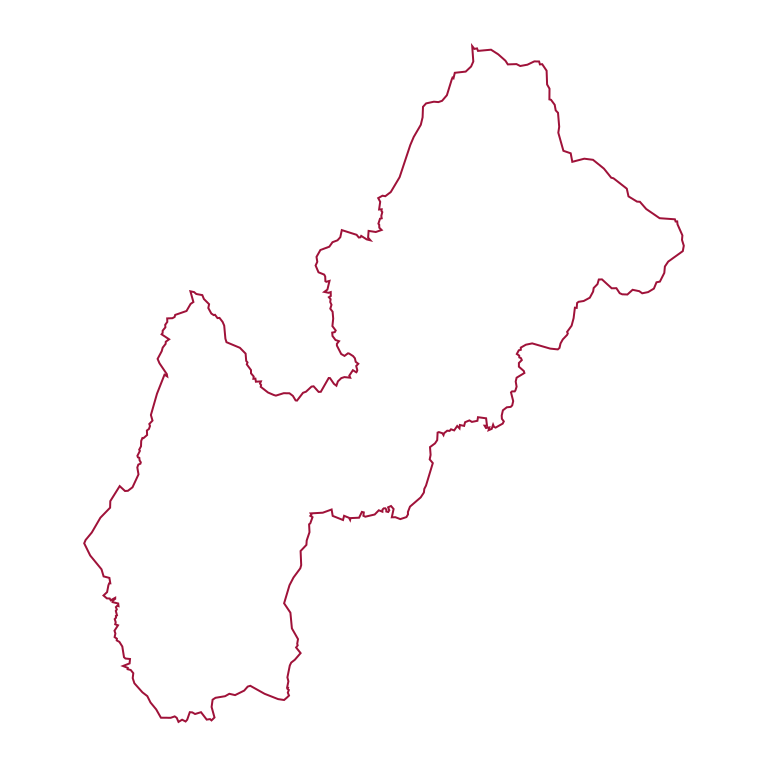 outline of Sidenreng Rappang, Sulawesi Selatan, Indonesia
{"feature_id": "22746128B89870320898123", "entity_name": "Sidenreng Rappang", "entity_type": "district", "adm_level": 2, "iso_a3": "IDN", "parent_name": "Indonesia", "parent_adm1": "Sulawesi Selatan", "projection": "natural_earth1", "projection_center": [119.91, -3.808], "detail": "fine", "context": "isolated", "style": "outline", "palette": "rose", "viewbox_px": 768, "rotation_deg": 0, "n_neighbors": 0, "source": "geoboundaries", "source_scale": "gbopen_adm2", "svg_char_len": 6095}
<svg xmlns="http://www.w3.org/2000/svg" viewBox="0 0 768 768"><path d="M160.9,717.7L170.7,717.8L174.7,716.4L176.7,717.8L178.5,721.9L182.1,719.7L185.6,721.5L187.2,719.7L189.8,712.2L192.3,712.4L195.0,714.0L201.0,712.2L206.7,719.6L210.0,719.1L211.5,720.4L214.5,717.5L211.6,707.0L212.6,699.7L215.5,697.8L225.1,696.2L229.3,693.8L235.1,695.1L244.2,690.6L247.7,686.6L250.3,685.8L264.6,693.8L278.1,699.1L284.1,700.0L286.9,697.6L289.0,695.6L287.8,692.7L288.8,690.0L287.6,689.0L288.0,687.8L287.1,687.7L288.4,681.3L287.4,677.4L289.8,665.5L291.2,662.6L294.8,659.8L300.6,653.1L296.1,647.5L297.7,645.3L297.2,643.8L298.0,639.1L291.9,628.4L290.4,612.7L284.1,603.3L289.5,585.2L293.5,577.5L300.3,568.3L301.2,565.1L300.6,551.0L306.4,544.9L306.7,540.5L309.5,532.2L309.1,524.3L310.3,523.3L312.5,517.2L310.4,515.9L311.4,514.9L310.6,513.4L322.8,512.7L331.6,509.5L332.7,515.9L343.0,520.0L344.1,515.8L349.0,517.8L350.1,519.9L350.5,518.1L359.1,517.7L361.9,511.9L363.8,512.4L363.4,515.8L365.3,516.7L374.7,514.5L378.8,510.3L382.4,511.7L382.5,509.6L383.7,508.4L385.3,508.3L386.3,509.6L386.3,511.5L388.2,512.0L389.3,510.3L388.1,507.3L391.0,506.0L393.6,509.0L391.8,517.3L395.4,517.2L400.3,519.1L406.4,517.1L408.0,514.4L407.9,512.0L410.0,506.6L420.7,497.4L423.9,492.5L424.3,488.9L426.0,485.6L432.8,463.1L429.7,459.4L430.6,454.9L430.0,447.1L435.0,443.4L437.2,440.1L437.6,432.6L438.9,432.1L442.3,433.2L443.5,435.1L444.1,433.2L447.2,430.7L449.6,430.9L451.0,429.3L454.2,430.4L457.2,426.0L459.5,428.4L459.9,425.0L464.1,425.9L465.1,422.2L469.4,420.4L471.9,421.9L477.4,420.8L478.0,417.2L486.1,418.3L487.0,425.7L484.6,425.7L486.0,428.0L489.4,427.4L488.6,430.2L491.7,428.9L493.1,424.7L494.0,426.9L495.6,427.6L502.7,423.6L503.8,421.4L501.9,418.8L501.7,415.6L502.9,410.3L506.8,407.3L510.7,406.9L512.2,405.4L513.2,401.1L511.0,392.4L512.0,391.4L514.7,391.4L515.4,390.4L516.6,386.7L515.7,381.5L516.6,377.7L524.4,373.0L523.8,371.0L518.9,366.7L518.9,363.0L521.8,360.1L521.0,358.2L519.3,357.4L519.2,355.6L516.8,354.0L518.8,350.3L520.8,349.8L520.8,347.6L525.9,344.7L532.2,343.4L550.2,348.6L557.8,349.4L559.5,347.9L560.5,343.5L562.8,339.4L567.1,334.9L567.8,333.4L567.1,331.9L571.6,325.7L573.6,318.2L574.9,307.7L576.7,307.9L577.1,303.0L578.6,301.8L583.7,301.0L589.8,297.7L593.1,291.6L593.7,288.0L597.5,284.1L598.8,279.5L602.0,279.4L611.7,288.3L616.4,288.2L619.7,293.2L622.2,294.3L627.4,294.5L632.6,289.8L639.3,291.2L642.2,293.3L648.1,292.1L653.9,288.6L656.5,282.3L659.9,281.6L664.3,272.9L664.9,266.5L668.2,261.6L682.8,251.1L683.8,245.7L682.0,239.9L682.4,235.4L677.5,224.3L677.2,221.4L675.6,221.5L674.9,219.3L659.6,218.2L646.2,209.0L639.9,201.8L637.0,201.6L628.5,196.4L626.8,188.7L613.5,178.3L611.2,177.7L603.9,168.6L593.0,159.8L584.3,158.7L572.3,161.8L570.7,153.3L563.4,150.8L558.3,132.7L559.2,126.8L558.0,112.8L555.7,110.4L554.7,104.8L551.0,99.8L549.4,99.4L549.5,88.7L547.1,84.5L546.6,70.7L542.2,64.2L539.9,64.4L539.1,61.5L534.3,61.4L527.4,64.7L520.2,66.0L516.5,64.1L507.8,64.4L505.5,60.8L498.2,54.3L491.0,49.7L478.0,50.9L477.0,48.4L474.4,48.9L472.2,46.1L473.3,61.5L471.1,66.5L465.7,71.6L454.8,72.8L453.5,78.3L452.5,77.6L451.8,79.3L446.9,95.2L442.1,100.8L438.4,102.1L433.9,101.7L426.1,103.4L423.0,106.8L422.6,117.3L420.8,124.8L413.7,137.0L410.3,145.0L399.6,177.2L390.8,192.0L385.3,196.2L382.5,195.7L378.2,198.1L380.2,201.8L379.1,209.5L381.7,209.3L381.5,211.1L382.3,212.1L381.3,215.9L381.7,218.3L380.0,218.7L378.4,223.7L379.2,224.7L379.3,227.7L381.6,230.0L375.8,232.0L368.6,230.9L368.1,237.6L370.4,240.3L366.7,239.4L361.2,235.9L360.4,237.3L358.8,237.5L356.6,234.8L341.8,230.1L340.3,237.2L337.5,240.3L332.5,242.2L329.3,246.7L320.4,250.0L316.5,256.9L317.3,261.8L315.6,265.5L318.5,272.3L324.2,274.6L325.2,276.5L325.4,281.2L326.3,281.8L329.5,280.9L327.4,289.6L324.3,291.9L328.6,292.8L330.7,292.1L330.8,296.0L328.9,297.2L330.6,299.2L330.2,302.0L331.5,304.8L330.3,308.7L332.6,311.7L333.2,318.6L332.4,326.1L335.7,330.5L334.8,332.1L332.2,332.6L332.5,336.0L335.5,340.0L339.0,341.2L336.9,343.8L336.9,345.6L341.2,354.0L344.5,355.9L348.0,353.3L349.2,353.6L353.1,356.1L354.9,358.3L355.7,361.8L358.3,363.8L356.2,366.0L357.3,370.2L356.8,371.7L356.3,372.3L352.9,370.2L349.3,375.6L350.2,377.7L344.4,377.1L341.3,378.1L337.9,381.4L336.4,385.7L333.9,383.8L330.0,378.1L328.7,378.0L320.8,391.8L318.6,391.9L313.6,386.3L311.5,386.6L306.0,391.7L303.0,392.8L297.0,400.6L295.6,400.4L292.9,395.9L289.5,393.3L283.7,393.2L275.9,395.6L273.8,395.0L268.0,392.5L260.7,386.8L261.1,385.0L260.0,383.6L260.9,381.4L255.9,381.7L255.4,378.6L253.4,378.8L253.7,376.5L251.0,373.3L251.0,370.1L246.8,364.4L247.5,362.4L246.2,360.9L245.6,353.6L239.9,347.8L226.5,342.2L225.4,338.7L224.2,325.6L222.6,321.9L219.5,317.9L217.5,318.1L215.0,314.8L213.7,315.1L211.3,313.5L208.3,308.0L209.1,304.2L203.9,299.0L202.3,295.1L196.3,294.0L194.1,292.1L190.4,291.3L193.4,302.0L190.6,303.9L186.5,311.0L175.2,314.9L174.6,317.0L172.4,318.2L167.2,318.4L167.3,321.9L165.2,324.8L165.4,327.3L162.7,330.6L162.6,333.0L161.6,334.3L169.1,339.3L165.8,341.7L165.6,343.9L162.7,347.6L161.7,351.2L157.6,358.9L159.5,363.3L166.8,374.1L167.2,376.4L164.5,374.7L157.0,393.7L150.9,415.0L152.5,420.6L149.3,424.0L150.0,426.0L148.9,429.0L146.9,430.5L147.1,435.0L143.4,438.2L142.4,438.0L141.2,440.9L141.0,446.3L139.2,449.7L139.9,450.9L137.4,455.8L137.9,457.3L139.3,457.8L139.6,460.4L140.8,462.3L140.4,463.7L138.3,464.6L137.3,467.5L138.5,474.4L132.5,487.3L127.9,490.8L125.0,491.0L119.7,486.1L110.3,501.1L110.1,507.7L100.4,517.7L91.8,532.5L85.6,540.0L84.2,543.3L90.2,555.5L101.5,569.3L103.6,576.4L109.4,577.9L110.3,583.3L109.2,583.3L108.4,585.3L107.1,592.1L103.5,595.5L106.9,598.4L109.7,598.5L110.7,600.3L115.2,597.8L115.2,598.8L112.5,600.9L112.5,602.1L118.2,603.5L118.5,606.1L117.3,605.7L115.9,607.1L116.8,609.5L115.8,610.9L117.0,615.4L115.9,615.9L116.0,617.7L114.7,619.1L115.7,622.2L115.2,624.3L118.0,625.3L114.5,630.7L115.4,633.5L114.6,637.1L116.9,638.7L116.7,640.4L119.4,641.9L122.3,646.5L124.0,657.2L125.4,658.5L130.0,659.0L129.6,663.4L123.0,666.0L127.8,667.9L127.6,669.2L130.7,670.0L133.3,673.2L132.7,678.1L134.4,683.3L142.4,692.3L147.3,696.1L150.5,702.5L156.2,709.4L160.9,717.7Z" fill="none" stroke="#9f1239" stroke-width="2"/></svg>